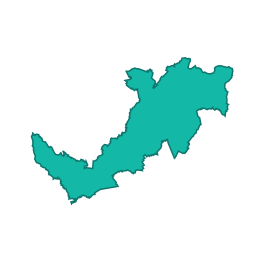 San Martín Hidalgo, Jalisco, Mexico, rotated 198°
{"feature_id": "50627088B74426866843112", "entity_name": "San Martín Hidalgo", "entity_type": "district", "adm_level": 2, "iso_a3": "MEX", "parent_name": "Mexico", "parent_adm1": "Jalisco", "projection": "robinson", "projection_center": [-103.893, 20.459], "detail": "fine", "context": "isolated", "style": "filled", "palette": "teal", "viewbox_px": 256, "rotation_deg": 198, "n_neighbors": 0, "source": "geoboundaries", "source_scale": "gbopen_adm2", "svg_char_len": 5823}
<svg xmlns="http://www.w3.org/2000/svg" viewBox="0 0 256 256"><g transform="rotate(198 128 128)"><path d="M39.4,169.4L40.2,174.2L39.3,174.4L39.5,175.5L38.9,176.7L40.4,179.1L40.0,179.7L40.4,181.1L40.0,181.5L42.0,181.7L42.0,183.3L42.6,185.5L44.1,188.3L44.2,193.2L46.8,194.0L47.0,195.2L48.3,195.8L49.5,199.8L48.4,202.1L46.8,203.7L44.9,208.1L45.5,209.5L45.0,210.4L45.5,211.0L46.0,214.8L47.2,216.8L49.4,216.7L50.9,217.5L52.5,216.2L59.3,215.8L61.8,214.7L63.5,213.1L64.2,211.7L63.3,210.1L63.5,206.8L65.5,205.8L66.2,204.9L69.7,204.3L72.3,204.9L72.9,204.2L74.4,204.1L76.7,206.5L79.2,207.0L81.8,206.1L83.2,208.0L86.5,203.5L88.8,203.4L89.6,204.3L89.9,209.1L89.4,211.1L90.3,213.0L92.0,212.8L93.0,212.0L95.0,212.5L98.1,211.1L98.2,208.9L99.0,207.4L99.4,207.4L99.5,205.7L101.1,204.8L102.4,203.2L103.4,203.4L103.5,202.3L103.8,202.1L102.9,200.9L104.4,201.3L106.1,200.5L107.3,198.9L109.2,198.9L110.0,197.2L109.3,196.5L109.6,196.3L109.8,194.6L107.7,194.3L108.1,192.7L110.5,187.9L111.9,187.3L112.6,184.4L112.1,183.9L114.3,178.3L113.5,177.8L114.1,177.4L114.0,176.9L115.9,173.8L116.6,174.1L116.2,175.5L116.8,175.8L116.5,176.8L115.7,175.8L115.6,176.1L116.4,177.0L116.3,177.6L116.1,177.0L115.8,177.5L116.0,178.6L115.7,178.8L116.8,181.0L121.1,182.8L121.1,187.2L121.6,188.4L124.0,189.3L123.4,190.1L124.3,190.0L124.6,190.7L125.3,190.6L125.9,189.5L126.1,187.9L127.4,188.5L127.5,188.0L126.7,187.6L126.8,187.2L136.6,187.6L137.0,187.1L140.0,187.1L142.9,184.8L143.8,183.0L145.2,182.0L147.2,181.4L142.6,176.7L142.0,176.7L141.6,177.7L140.2,176.7L141.1,175.3L140.8,175.0L145.5,172.3L143.0,171.5L143.6,169.7L142.7,169.5L142.6,168.2L137.1,166.2L136.4,167.2L135.8,167.0L135.9,166.4L133.3,165.7L133.0,167.1L131.5,166.7L131.1,168.2L131.5,168.8L126.8,159.8L125.5,159.4L125.7,157.4L125.1,157.3L125.1,156.6L125.7,155.4L127.3,154.5L128.5,150.0L129.7,148.7L130.3,146.5L131.4,146.6L130.5,143.8L131.2,143.0L130.9,141.9L130.3,141.7L130.3,138.8L129.2,138.4L129.8,137.2L130.0,134.7L130.5,134.1L130.5,131.5L131.0,131.4L131.2,130.4L130.4,130.3L130.4,127.5L129.0,127.7L129.6,125.8L129.5,124.9L128.8,124.6L129.1,123.6L130.1,122.1L130.6,122.1L130.8,122.9L130.8,122.1L132.0,122.1L132.3,120.9L131.8,120.6L132.7,120.0L131.9,120.1L132.0,119.4L131.6,119.2L131.9,118.6L134.5,118.5L134.3,117.7L133.7,117.6L135.0,116.3L134.7,114.6L135.9,114.1L136.4,114.6L139.2,113.3L140.4,113.4L140.8,112.9L141.1,112.4L140.3,109.8L140.7,109.7L140.0,108.6L140.9,107.4L140.7,106.7L141.3,105.4L142.5,105.2L142.3,104.8L143.1,105.3L145.1,105.0L145.9,104.0L146.8,101.7L146.6,99.3L145.6,99.5L144.8,98.8L145.3,97.7L144.5,96.0L143.8,95.6L145.0,93.6L146.8,92.6L147.3,91.0L147.6,91.2L147.8,90.5L147.3,90.1L147.9,88.0L150.3,85.6L150.8,85.8L149.1,78.5L155.6,77.3L156.9,76.1L157.6,78.1L157.0,78.7L155.5,79.0L155.0,79.6L155.0,80.4L157.8,83.6L157.8,82.3L159.1,82.2L159.4,83.0L160.8,82.9L160.8,83.6L163.0,83.6L163.0,82.2L164.2,81.2L165.8,81.6L167.1,81.1L167.1,80.7L168.8,81.8L172.3,82.3L172.4,81.8L173.0,81.9L172.9,82.5L174.7,82.4L176.0,83.1L176.5,82.7L176.3,83.8L178.5,83.9L179.8,85.0L182.2,85.7L181.9,86.0L182.5,85.7L180.4,83.1L180.7,82.8L180.2,82.0L180.4,81.4L181.4,81.8L181.8,81.4L183.3,82.5L183.6,83.4L184.4,83.5L184.9,81.6L185.5,81.2L186.4,80.7L188.7,80.5L190.9,82.1L194.6,86.1L196.2,86.3L196.6,85.2L197.4,85.2L202.3,89.3L203.1,88.9L205.4,89.2L206.0,90.8L206.9,91.0L206.9,91.6L208.7,92.4L209.5,92.2L209.4,92.8L210.3,92.9L210.8,94.1L213.3,93.8L213.7,92.9L214.4,93.0L214.5,92.3L215.5,92.6L216.0,92.2L216.0,92.6L216.9,93.8L217.0,93.8L216.7,93.3L217.1,89.9L214.3,86.2L214.1,84.7L213.2,83.4L213.6,81.7L211.6,79.9L211.3,78.2L209.6,75.2L207.5,72.8L207.1,69.6L204.4,66.9L200.5,66.7L199.4,65.9L198.8,64.7L198.0,64.9L197.1,64.3L194.4,64.5L193.3,63.2L192.8,63.5L192.2,62.9L190.5,62.8L189.7,61.1L189.0,60.6L189.2,59.9L188.9,59.2L187.6,59.4L184.3,58.1L183.6,57.6L183.3,56.3L181.9,57.9L180.9,58.1L181.1,57.5L178.8,57.8L179.2,59.4L177.6,58.8L175.0,56.5L175.5,56.3L175.0,54.4L174.3,54.6L173.8,52.9L172.4,53.4L171.8,51.8L171.0,52.0L170.8,51.2L170.3,51.4L169.7,50.4L168.2,51.2L167.1,49.3L164.3,47.0L163.8,44.9L162.8,44.9L162.8,43.8L162.3,43.8L162.2,42.2L159.1,43.9L157.7,43.5L155.8,44.6L155.0,44.3L156.3,42.8L156.1,42.2L159.4,40.1L158.3,38.5L158.0,39.4L154.9,41.7L154.9,44.4L154.2,44.8L154.2,46.0L152.6,47.0L153.0,47.7L152.3,48.1L151.9,47.3L150.9,48.4L150.8,49.7L150.2,49.7L149.6,50.4L148.3,50.0L147.1,50.4L145.9,49.4L143.3,49.5L143.9,50.3L142.2,50.6L140.8,53.8L138.9,54.6L139.6,56.1L135.3,61.1L119.5,69.4L121.1,70.9L122.1,70.9L122.4,72.6L126.4,75.3L128.4,77.9L128.1,78.3L127.1,77.6L126.8,78.0L127.3,78.7L125.8,81.4L125.6,81.1L123.5,83.9L122.8,83.5L121.3,85.5L120.0,84.5L119.1,85.8L116.1,87.1L115.9,87.9L111.9,87.5L110.9,86.7L108.8,86.3L108.6,87.2L107.5,87.4L107.3,88.4L107.8,89.5L106.3,91.0L101.3,91.9L102.0,92.5L100.7,94.4L102.5,95.8L101.1,97.7L104.2,100.0L102.9,101.9L103.9,102.6L102.6,104.5L104.7,106.0L103.3,108.0L101.3,106.4L100.0,108.4L98.9,107.6L97.7,109.5L97.0,109.0L95.9,110.6L95.2,110.1L94.1,112.1L93.3,111.6L91.7,111.7L92.3,112.5L92.2,113.1L92.8,113.2L92.9,114.4L90.7,118.8L90.6,121.8L91.4,122.6L91.1,124.7L92.0,125.7L91.6,126.4L90.4,125.6L90.0,126.9L89.2,127.0L88.8,128.1L88.1,127.4L86.9,129.3L85.2,126.2L74.5,113.6L73.9,114.9L72.9,121.6L67.9,120.8L66.6,121.7L66.1,121.5L65.7,123.7L65.1,123.6L64.8,126.8L64.2,126.7L64.0,127.5L65.6,127.9L64.7,131.2L65.2,131.3L65.0,132.3L66.6,132.5L64.2,139.3L63.4,140.2L63.1,142.5L61.7,144.4L62.0,147.6L61.0,148.1L60.7,152.7L59.7,153.9L63.1,160.0L64.2,160.1L65.8,161.4L66.5,163.1L67.9,164.6L67.7,165.9L66.9,166.6L66.8,167.4L64.8,167.9L65.0,168.6L63.8,169.7L63.4,169.7L63.5,169.0L61.9,170.4L58.5,169.9L58.1,170.7L57.2,170.9L56.3,171.8L54.6,171.8L53.7,173.8L52.9,172.5L50.9,171.9L50.5,173.3L49.6,173.3L49.6,173.9L47.7,173.5L47.0,173.8L46.8,173.1L46.0,173.3L45.9,172.8L44.7,172.5L44.2,171.5L42.4,170.0L40.5,170.1L39.4,169.4Z" fill="#14b8a6" stroke="#0f766e" stroke-width="1.5"/></g></svg>